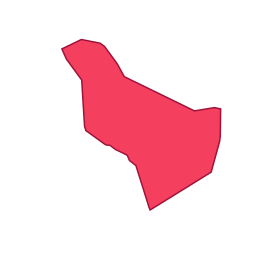 Dowletli, Chardzhou, Turkmenistan (Robinson projection), rotated 116°
{"feature_id": "10190150B29958547271775", "entity_name": "Dowletli", "entity_type": "district", "adm_level": 2, "iso_a3": "TKM", "parent_name": "Turkmenistan", "parent_adm1": "Chardzhou", "projection": "robinson", "projection_center": [63.503, 39.056], "detail": "fine", "context": "isolated", "style": "filled", "palette": "rose", "viewbox_px": 256, "rotation_deg": 116, "n_neighbors": 0, "source": "geoboundaries", "source_scale": "gbopen_adm2", "svg_char_len": 495}
<svg xmlns="http://www.w3.org/2000/svg" viewBox="0 0 256 256"><g transform="rotate(116 128 128)"><path d="M131.2,33.9L99.8,39.8L94.6,41.6L70.2,53.1L71.8,59.3L83.5,75.8L83.5,125.0L83.5,146.5L83.5,149.8L83.5,153.8L75.1,165.7L65.0,184.8L64.0,190.2L68.9,208.7L85.9,222.1L93.0,213.7L105.1,190.7L145.5,167.8L148.8,164.7L152.8,141.5L152.8,140.3L151.5,136.5L152.8,130.0L152.8,116.8L156.6,112.4L158.3,104.4L190.5,73.9L192.0,72.2L131.2,33.9Z" fill="#f43f5e" stroke="#9f1239" stroke-width="1.5"/></g></svg>